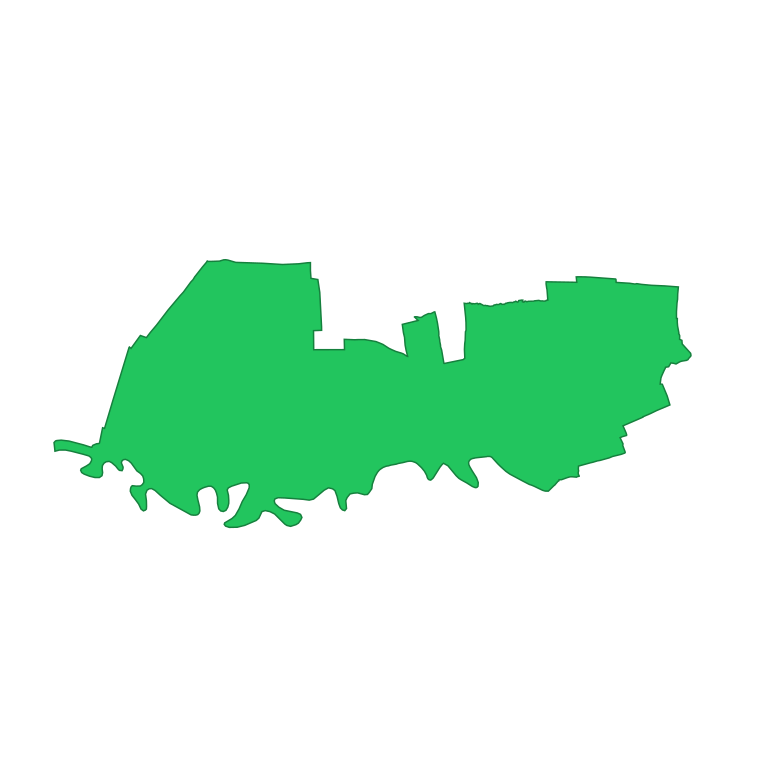 outline of Dranceni, Vaslui, Romania, rotated 119°
{"feature_id": "2599482B495393789675", "entity_name": "Dranceni", "entity_type": "district", "adm_level": 2, "iso_a3": "ROU", "parent_name": "Romania", "parent_adm1": "Vaslui", "projection": "albers", "projection_center": [28.101, 46.793], "detail": "fine", "context": "isolated", "style": "filled", "palette": "green", "viewbox_px": 768, "rotation_deg": 119, "n_neighbors": 0, "source": "geoboundaries", "source_scale": "gbopen_adm2", "svg_char_len": 6159}
<svg xmlns="http://www.w3.org/2000/svg" viewBox="0 0 768 768"><g transform="rotate(119 384 384)"><path d="M602.3,639.2L599.1,635.8L596.2,630.6L594.4,625.0L591.3,613.1L590.0,607.3L590.3,605.0L591.2,603.3L593.3,602.6L596.4,602.7L599.9,604.5L604.9,607.7L606.5,607.5L608.0,605.5L608.2,602.6L607.4,596.9L605.9,591.4L603.8,587.6L600.9,586.2L598.0,587.1L594.8,589.4L591.9,590.7L589.0,590.5L586.7,589.3L584.9,586.8L584.8,584.1L585.9,578.8L587.3,575.5L587.8,573.6L586.8,571.1L584.8,571.2L583.2,571.9L580.3,575.5L578.1,575.9L576.5,575.2L575.2,573.5L574.9,570.2L575.7,566.7L579.8,558.0L580.3,553.7L581.4,550.4L583.5,548.2L586.4,546.4L589.1,546.6L591.3,547.6L593.4,551.1L595.0,554.9L596.7,555.3L598.6,554.9L600.8,553.9L603.5,550.5L605.8,545.0L608.0,540.3L611.2,535.9L611.6,532.9L610.0,531.6L608.6,531.2L606.1,532.4L601.3,535.2L595.9,539.2L591.8,539.8L589.4,538.5L588.1,536.4L588.1,532.6L589.7,525.9L592.1,513.4L592.0,489.3L591.0,486.9L589.9,485.0L588.5,483.6L586.5,483.1L584.3,483.5L580.9,485.7L575.5,490.7L571.9,493.7L569.0,494.7L565.8,494.0L563.4,492.5L561.4,490.9L558.4,487.9L557.2,485.6L557.3,483.5L557.6,482.1L558.6,480.0L560.5,477.7L563.6,474.8L569.1,471.7L573.3,468.0L574.2,465.3L573.4,462.7L571.1,461.0L567.5,460.9L563.7,461.9L560.9,463.4L556.7,466.1L552.7,469.8L550.3,469.8L547.2,467.7L539.8,460.8L537.0,456.3L536.7,454.9L537.3,453.1L540.1,451.6L547.6,450.8L555.5,451.0L563.4,450.2L571.0,450.3L575.3,451.7L582.7,456.0L584.2,455.7L585.1,453.7L584.4,449.8L580.4,442.9L575.1,437.2L565.3,429.6L562.0,428.4L554.8,428.9L552.3,426.5L550.9,421.8L550.7,416.6L554.6,402.9L554.8,400.4L553.8,396.7L549.7,392.8L547.2,391.4L543.5,390.9L540.5,391.1L538.5,393.8L538.8,397.3L542.8,410.1L542.7,416.4L541.4,421.4L539.5,423.3L537.4,423.7L534.8,421.5L531.8,415.6L524.0,398.7L521.8,393.1L518.8,389.8L505.8,384.8L501.7,382.2L500.6,378.2L501.0,375.2L505.1,370.5L510.5,365.6L513.5,362.1L514.3,359.3L513.8,356.9L511.1,356.4L504.5,360.9L501.1,361.2L496.6,360.4L494.1,357.5L492.0,354.3L490.3,347.4L488.6,344.9L486.3,344.4L481.5,343.9L477.4,345.6L469.2,347.0L464.4,346.9L461.7,346.4L460.6,346.0L457.5,344.4L454.8,342.2L453.4,340.4L451.7,338.8L448.2,334.5L446.5,332.9L443.6,329.4L440.3,325.9L438.9,323.9L438.0,321.9L437.4,318.4L437.6,316.1L439.0,310.6L440.7,306.3L443.2,302.4L444.8,300.8L445.6,299.6L445.9,298.3L445.6,297.0L445.3,296.5L443.6,295.8L442.3,295.4L429.6,294.7L426.0,294.1L424.5,293.5L424.5,288.5L429.2,276.5L430.2,272.8L430.4,270.2L430.4,263.6L430.8,257.1L430.5,254.5L430.1,253.3L429.1,252.5L427.9,252.2L424.5,253.8L421.1,257.7L417.1,265.0L414.7,269.0L413.2,270.9L411.3,272.1L410.2,272.2L408.0,271.8L406.5,270.7L404.1,268.0L397.9,259.2L397.1,258.3L396.0,256.2L395.8,255.0L395.9,253.8L398.6,245.9L399.6,242.3L401.3,235.0L401.8,230.2L401.6,215.8L401.4,208.2L400.9,205.8L400.6,202.7L400.1,193.8L399.5,191.1L398.0,188.3L390.5,186.1L389.8,185.7L384.8,184.7L383.9,184.1L382.8,184.5L381.7,182.4L377.0,178.3L375.0,176.3L374.0,174.6L372.1,170.4L371.3,170.0L370.1,168.6L369.5,169.0L369.2,169.5L369.1,169.9L367.6,171.1L365.6,171.7L364.2,172.8L361.5,174.1L352.9,165.3L351.2,163.4L347.7,160.0L346.2,158.1L339.4,151.2L336.6,149.0L330.4,142.3L327.6,139.9L327.1,139.8L326.5,140.2L322.1,145.3L320.4,146.0L316.5,151.5L314.5,150.0L311.4,146.9L310.7,147.2L309.3,148.7L304.7,154.7L288.6,142.3L287.3,141.4L287.1,141.6L280.8,136.7L275.1,132.7L263.7,123.8L257.2,130.5L249.5,140.2L249.3,140.7L250.2,142.4L244.5,144.7L241.9,145.1L235.9,145.6L234.1,145.6L232.9,145.9L230.9,143.4L226.5,143.3L225.5,140.8L224.9,138.3L221.1,136.0L219.7,134.7L216.6,130.8L215.2,129.9L214.3,130.0L211.1,129.2L210.1,129.4L208.5,130.7L204.4,142.6L201.4,144.6L201.6,147.1L198.4,148.8L197.2,150.2L197.2,150.6L196.2,151.0L191.0,155.3L187.7,157.5L184.5,159.2L184.9,160.0L178.9,163.3L170.9,167.1L167.6,168.3L163.0,170.7L156.4,173.6L162.0,185.8L168.0,197.9L172.0,207.0L173.7,211.6L174.9,212.9L176.8,218.0L182.6,230.2L180.0,231.9L179.9,232.4L190.4,255.1L192.7,259.8L195.8,265.6L197.1,267.8L201.6,264.7L216.0,291.7L217.8,290.8L221.3,288.2L222.4,287.2L231.2,281.4L232.1,282.6L232.9,282.8L234.0,284.3L234.6,285.9L235.4,287.1L235.8,289.1L238.3,292.7L239.1,293.4L241.7,297.9L242.8,298.9L242.9,300.3L243.0,300.6L243.7,301.3L244.0,301.1L244.6,301.4L244.8,301.8L244.9,302.9L243.4,303.3L243.9,304.3L245.7,306.6L247.0,306.5L247.5,306.7L247.7,307.0L247.7,308.9L248.8,309.5L249.4,310.3L250.5,311.0L250.9,312.2L251.9,313.8L253.4,315.6L253.9,315.8L254.4,316.7L256.1,317.4L256.4,318.4L257.2,319.4L257.0,320.7L257.3,321.3L258.6,321.9L259.3,322.9L259.9,324.3L260.8,324.9L261.5,326.0L262.9,326.5L264.7,329.0L264.7,329.4L265.1,329.8L265.2,331.2L265.8,332.2L266.0,333.3L267.0,334.7L267.1,335.8L267.0,337.4L267.3,337.9L267.1,338.2L267.1,339.2L268.6,340.2L268.2,340.6L268.2,341.6L270.1,343.8L270.5,345.1L271.4,345.7L271.0,346.3L271.5,347.0L271.3,348.5L272.2,348.6L272.5,349.5L273.7,350.9L274.5,353.0L286.1,344.9L290.3,342.2L296.6,338.6L297.5,338.2L298.8,338.1L306.4,334.2L309.7,332.9L314.8,330.4L322.3,325.8L324.3,326.6L336.8,341.2L336.9,341.6L326.3,350.1L324.0,352.6L322.5,353.5L319.7,355.9L318.4,356.7L314.7,359.9L314.1,360.0L311.5,361.6L304.9,366.7L301.0,370.0L296.3,374.5L296.6,375.0L299.7,377.1L300.9,379.3L304.4,381.9L307.6,383.6L308.5,385.1L309.2,387.7L310.3,389.7L310.6,389.8L311.9,385.0L323.0,396.9L329.8,391.8L333.2,388.7L339.7,384.4L343.7,381.1L348.4,376.7L348.6,377.2L348.3,381.7L348.5,383.5L349.8,389.5L350.2,393.8L350.4,397.1L349.9,404.1L350.3,407.9L350.8,411.7L354.5,422.4L357.5,427.8L359.5,431.0L364.2,440.4L373.1,435.2L388.1,462.1L371.5,471.5L367.3,464.6L364.3,466.3L335.0,484.6L324.7,492.5L327.0,499.1L320.5,503.3L313.5,507.2L315.2,509.9L320.3,517.0L328.7,530.7L337.2,548.6L349.5,572.6L351.3,580.6L352.1,582.8L353.2,584.5L356.3,587.5L360.1,593.8L362.0,597.2L362.1,598.2L363.7,598.3L369.7,599.5L382.1,601.5L385.3,601.6L388.4,602.4L400.9,604.0L405.4,605.1L423.8,608.7L442.7,611.5L452.4,613.4L458.6,614.3L459.7,620.6L475.5,622.5L475.1,624.6L475.6,624.7L529.6,613.2L558.3,606.9L558.7,608.9L573.6,604.2L574.0,604.3L574.4,604.7L575.7,606.5L578.5,608.7L579.0,609.0L580.9,608.9L581.1,609.1L581.6,610.7L582.9,617.2L586.6,631.8L589.6,639.1L592.1,642.8L593.1,643.7L595.2,644.2L602.3,639.2Z" fill="#22c55e" stroke="#15803d" stroke-width="1.5"/></g></svg>